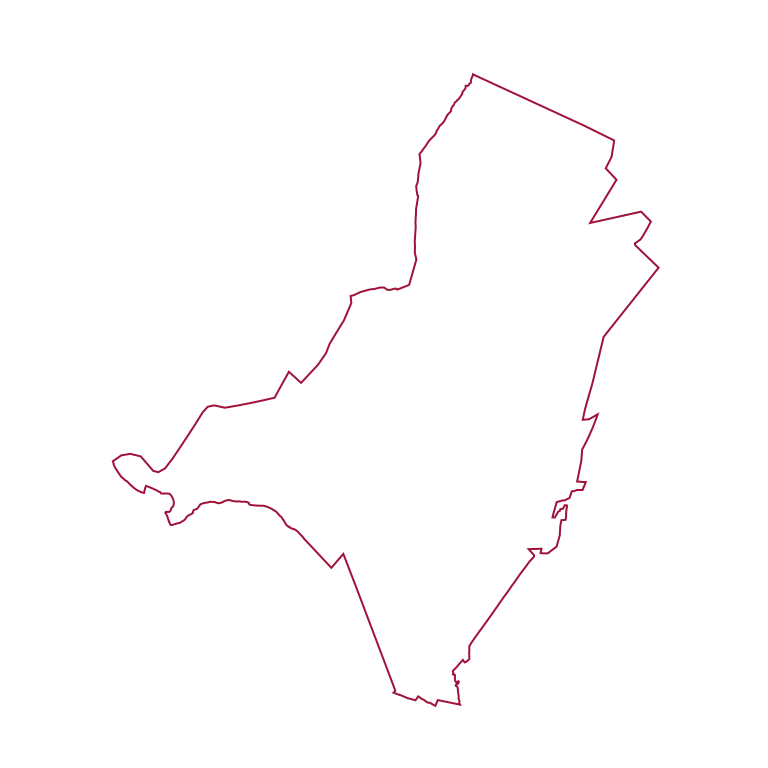 outline of Ciuchici, Caras-Severin, Romania, rotated 95°
{"feature_id": "2599482B8913809213813", "entity_name": "Ciuchici", "entity_type": "district", "adm_level": 2, "iso_a3": "ROU", "parent_name": "Romania", "parent_adm1": "Caras-Severin", "projection": "equal_earth", "projection_center": [21.626, 44.928], "detail": "fine", "context": "isolated", "style": "outline", "palette": "rose", "viewbox_px": 768, "rotation_deg": 95, "n_neighbors": 0, "source": "geoboundaries", "source_scale": "gbopen_adm2", "svg_char_len": 6120}
<svg xmlns="http://www.w3.org/2000/svg" viewBox="0 0 768 768"><g transform="rotate(95 384 384)"><path d="M484.6,647.4L486.9,646.4L488.1,646.2L491.3,644.2L495.2,641.1L499.1,637.9L501.1,635.2L502.3,633.7L503.4,631.5L504.6,630.1L507.3,626.9L509.9,623.2L511.7,619.9L513.0,616.2L513.4,613.6L509.3,613.0L506.3,612.3L507.1,609.1L507.9,606.5L508.4,604.9L509.8,601.2L510.9,598.9L511.3,597.3L512.1,596.8L512.5,596.4L512.3,593.7L512.0,590.8L512.0,589.5L512.1,588.3L512.7,587.2L514.7,585.4L517.3,583.9L520.0,583.1L521.6,582.9L523.4,583.1L524.8,583.8L525.8,584.8L526.8,585.1L528.1,585.4L529.6,586.1L530.1,586.8L530.2,587.3L530.3,588.8L530.3,589.6L530.5,590.2L531.1,590.5L531.4,590.6L531.9,590.0L534.1,588.8L535.3,588.1L537.7,587.1L538.7,586.7L540.1,586.1L540.0,585.9L541.3,585.3L542.6,584.6L543.0,584.2L543.0,583.2L542.6,582.0L541.6,579.6L540.8,577.7L540.5,576.9L540.4,575.9L540.2,575.4L539.4,574.3L538.6,573.3L537.6,571.8L537.0,571.1L536.1,570.4L534.9,569.6L534.0,569.2L533.3,568.8L532.8,568.3L532.2,567.5L531.6,566.7L531.1,566.0L530.6,565.0L529.8,563.9L529.3,563.3L528.9,563.2L528.6,563.1L528.3,563.2L527.9,563.2L527.2,563.0L526.4,562.7L526.0,562.4L525.9,562.1L525.3,560.6L524.7,559.5L524.3,559.0L523.7,558.7L521.7,557.5L520.4,556.7L519.8,556.3L519.5,555.5L519.0,554.7L518.5,553.8L518.3,553.0L517.8,551.1L517.5,549.7L517.2,548.9L516.7,547.4L516.4,546.5L516.4,545.4L516.5,543.8L516.4,543.2L516.3,542.7L516.5,541.8L517.0,540.1L517.2,539.0L517.1,537.9L516.8,536.8L516.4,535.8L515.9,534.6L515.2,533.7L514.3,532.4L514.0,531.5L513.7,530.7L513.1,528.7L513.0,528.2L513.0,527.7L513.4,526.4L513.7,524.8L513.9,522.6L513.8,521.4L513.9,520.0L513.6,518.8L513.5,517.9L513.7,516.0L513.8,514.8L513.4,513.7L513.4,513.1L513.4,511.6L513.6,509.8L514.2,508.3L514.7,508.3L515.2,508.0L515.7,507.6L516.0,507.1L516.2,505.3L516.2,503.9L516.2,500.8L516.1,497.9L516.1,496.8L515.9,495.2L515.8,493.8L516.0,492.1L516.4,490.1L516.7,488.9L517.3,487.4L517.8,486.0L518.3,484.7L519.5,482.5L520.3,480.7L521.3,479.5L522.1,478.6L523.6,477.1L524.2,476.5L525.2,475.0L525.9,474.3L526.4,473.9L527.4,473.2L528.2,472.4L528.7,471.9L530.4,470.8L532.1,469.6L533.1,468.7L533.9,467.7L534.4,467.0L534.4,466.5L534.6,466.6L534.9,466.0L535.2,465.1L535.8,464.1L536.1,462.9L536.3,462.0L536.6,461.1L536.5,460.7L536.7,460.3L536.9,459.6L537.8,458.1L538.9,456.7L539.8,455.8L541.8,453.5L543.8,451.2L545.0,450.3L570.0,422.3L571.7,420.4L562.5,413.8L556.8,409.7L587.6,394.6L688.5,346.0L690.7,347.6L692.4,341.5L692.2,341.4L694.9,333.0L696.3,325.2L695.7,324.7L692.2,322.7L692.3,322.3L694.2,319.4L695.1,316.9L697.6,312.7L697.6,310.4L700.2,304.9L694.2,302.8L696.8,280.3L694.7,281.4L693.5,281.3L692.6,281.4L691.1,282.3L689.6,282.3L687.7,282.5L685.9,283.1L685.0,283.3L683.8,283.3L683.4,283.4L682.9,283.8L681.6,283.8L680.5,284.0L679.9,284.2L679.0,284.9L678.7,285.8L678.3,286.2L678.0,286.4L677.7,286.3L677.4,286.1L676.9,285.4L675.9,284.1L675.3,283.7L674.5,283.5L674.0,283.6L673.7,283.8L673.6,284.0L674.2,284.7L674.9,285.5L675.0,286.0L674.8,286.3L674.5,286.6L674.1,286.8L673.2,287.3L672.6,287.5L671.3,287.7L669.5,287.8L668.4,287.9L667.6,288.1L667.3,288.5L667.2,288.8L667.5,289.5L667.4,289.9L667.2,290.1L666.5,289.8L665.8,289.8L664.6,290.2L663.9,290.4L661.5,288.5L659.0,286.4L657.8,285.7L654.3,283.1L652.0,281.4L652.9,280.7L653.5,280.1L654.3,279.3L653.4,277.7L652.1,276.4L650.6,275.0L648.9,275.2L646.9,275.4L645.4,275.6L644.0,275.8L642.6,275.7L641.5,275.8L639.2,276.1L637.6,276.1L633.3,273.9L630.7,272.4L628.7,271.3L623.8,268.4L619.1,265.5L614.4,262.7L609.7,259.9L604.9,257.1L600.2,254.4L595.6,251.7L590.8,249.0L586.1,246.3L581.6,243.5L577.2,240.9L573.7,239.0L569.7,236.5L566.4,234.6L560.9,231.5L558.1,229.7L554.5,227.4L553.5,226.8L552.4,226.1L549.9,224.7L548.3,223.7L546.2,222.0L543.2,219.7L542.9,219.6L542.6,219.5L542.2,219.5L541.4,219.6L535.9,225.5L534.4,212.8L538.8,213.3L538.8,213.2L538.8,209.6L538.4,206.0L535.9,203.4L531.0,197.9L519.4,195.7L510.1,196.0L504.2,195.4L503.5,191.3L499.8,191.0L497.9,191.3L493.2,191.3L489.1,191.0L488.9,193.3L492.7,194.9L493.3,197.4L495.0,197.7L496.0,199.3L502.1,202.2L502.2,204.5L499.2,204.1L486.6,201.7L486.1,200.3L484.4,195.9L484.3,194.1L481.4,189.3L474.5,187.5L474.1,185.3L472.8,182.4L472.3,177.0L464.2,174.4L464.3,183.1L443.0,180.7L432.0,180.9L427.6,179.0L423.2,177.2L418.7,175.5L414.1,173.9L409.6,172.4L404.9,171.0L400.3,169.7L395.6,168.5L401.3,176.8L402.3,182.9L391.9,181.6L378.6,179.1L365.5,176.5L317.9,169.3L244.2,120.6L224.9,144.5L223.5,146.0L222.0,146.3L220.8,144.7L217.6,141.0L214.8,139.4L205.6,135.1L198.9,132.3L189.9,142.9L205.6,192.7L167.0,173.5L160.3,170.2L149.8,181.9L137.9,177.1L124.5,176.1L121.3,176.0L109.2,207.1L67.8,322.4L69.3,322.4L70.5,323.0L71.7,323.4L72.9,323.7L74.0,323.8L74.9,323.8L75.6,323.7L76.2,323.7L76.6,324.1L77.1,324.7L77.6,325.2L78.9,325.6L79.5,326.3L79.7,326.8L79.7,327.8L79.6,328.2L79.7,328.6L80.0,328.7L81.4,328.5L82.2,328.6L83.7,329.4L84.9,330.3L86.5,331.3L87.9,331.3L88.5,331.5L93.9,334.6L94.4,335.5L95.9,336.3L96.7,337.4L97.6,338.0L98.4,338.3L99.2,338.6L100.0,338.9L101.5,339.9L103.8,341.0L104.4,341.1L105.7,341.0L106.3,341.1L107.4,341.8L110.3,344.2L110.9,344.5L112.8,345.2L116.5,346.8L118.4,347.8L119.4,348.6L121.5,350.6L122.2,351.1L123.0,351.5L125.6,352.6L126.7,353.3L127.3,353.6L129.9,354.2L130.6,354.6L131.5,355.1L134.2,357.5L134.8,357.8L135.1,358.2L135.5,358.6L137.0,359.6L137.6,360.3L138.0,360.5L143.7,363.5L146.6,365.4L149.2,366.8L151.8,368.7L160.8,366.8L171.2,368.0L175.1,367.9L180.3,368.1L184.2,369.2L189.7,368.1L192.9,367.2L193.7,366.3L203.0,367.0L206.6,367.3L212.3,367.0L220.8,366.7L224.6,366.1L239.5,365.8L243.5,365.2L250.7,364.7L257.2,362.6L283.1,367.6L288.8,379.0L288.0,379.7L288.1,381.9L289.8,386.2L289.8,389.1L287.9,392.3L288.3,396.5L290.1,401.6L291.0,406.1L293.3,412.5L294.6,415.8L298.0,421.5L299.3,424.9L306.2,423.6L315.0,426.5L323.9,429.4L336.1,435.5L348.3,441.5L358.4,444.5L370.7,451.5L390.1,466.7L380.1,479.8L399.6,488.5L407.2,491.8L411.1,503.9L414.8,516.0L418.3,528.3L421.5,540.5L420.1,551.3L422.0,557.6L427.9,562.1L440.1,568.3L452.2,574.7L464.2,581.2L476.1,587.8L487.2,594.8L491.5,601.1L490.7,606.3L477.3,620.0L475.7,630.7L478.0,639.5L484.6,647.4Z" fill="none" stroke="#9f1239" stroke-width="2"/></g></svg>